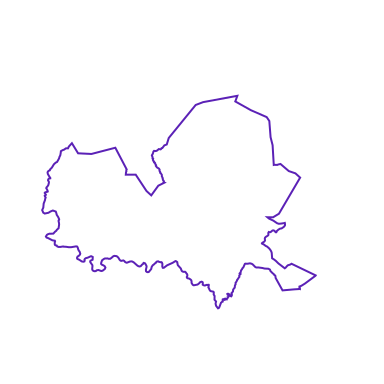 outline of San Juan Tepeuxila, Oaxaca, Mexico, rotated 18°
{"feature_id": "50627088B92335277656173", "entity_name": "San Juan Tepeuxila", "entity_type": "district", "adm_level": 2, "iso_a3": "MEX", "parent_name": "Mexico", "parent_adm1": "Oaxaca", "projection": "orthographic", "projection_center": [-96.763, 17.75], "detail": "fine", "context": "isolated", "style": "outline", "palette": "violet", "viewbox_px": 384, "rotation_deg": 18, "n_neighbors": 0, "source": "geoboundaries", "source_scale": "gbopen_adm2", "svg_char_len": 6058}
<svg xmlns="http://www.w3.org/2000/svg" viewBox="0 0 384 384"><g transform="rotate(18 192 192)"><path d="M77.7,284.3L78.1,284.7L78.8,284.9L79.8,284.7L80.6,285.4L82.1,285.5L83.8,284.9L86.3,283.6L86.6,283.7L89.3,283.0L91.7,282.6L94.0,281.9L98.6,279.5L99.7,279.4L100.6,280.3L101.5,281.7L102.4,282.7L103.5,283.4L104.8,285.2L104.8,286.1L104.3,287.3L103.1,288.8L103.0,290.2L103.4,290.9L104.1,291.1L105.9,291.3L108.6,292.1L110.2,291.9L111.1,291.3L111.1,290.4L110.6,289.4L110.8,288.6L111.5,287.7L113.1,286.7L115.6,284.4L116.2,284.2L117.7,284.5L118.4,287.1L116.7,288.7L116.6,289.4L117.0,290.2L119.8,292.3L120.2,293.1L120.9,296.2L121.5,297.0L122.5,297.5L123.6,297.5L124.9,297.0L125.6,295.9L127.1,295.1L130.1,295.2L131.3,294.5L132.9,292.1L133.0,290.6L131.8,289.5L130.2,289.1L128.8,289.0L127.8,288.5L127.6,287.9L127.5,286.8L127.6,284.7L128.9,282.9L129.6,282.2L132.1,281.3L133.4,281.3L134.8,280.8L135.6,279.8L137.1,277.3L138.0,276.7L140.2,276.3L142.1,277.1L144.2,278.9L145.1,279.3L145.9,279.4L147.8,278.3L148.9,278.5L149.9,279.2L151.4,279.5L152.0,279.3L154.6,277.2L156.2,276.6L156.7,276.6L158.3,276.9L162.6,278.8L163.7,279.1L164.5,279.1L165.3,279.0L166.2,278.3L166.9,276.6L168.0,275.0L167.8,274.6L168.0,274.3L169.5,274.4L171.5,276.3L171.9,277.1L172.2,280.3L172.8,281.6L173.8,282.0L174.8,281.9L175.6,281.4L177.0,277.9L176.8,275.7L177.3,273.8L177.9,273.1L179.1,270.9L179.6,270.4L179.6,269.8L180.0,269.1L181.0,268.5L181.4,268.4L181.6,268.6L183.9,268.5L184.4,268.2L184.8,268.2L185.3,268.5L186.1,269.6L186.7,271.9L187.6,273.1L188.6,272.8L191.0,269.4L195.5,265.3L197.6,262.8L198.0,262.7L199.6,263.2L200.8,265.5L201.2,266.0L205.0,268.2L206.5,270.1L207.3,270.5L208.4,270.6L210.0,270.0L211.0,270.4L211.9,271.2L212.4,271.4L213.0,272.0L213.5,273.2L213.3,274.5L213.7,275.1L214.5,275.4L215.8,275.2L217.5,275.6L218.5,276.1L219.1,276.9L219.7,278.6L221.2,279.9L221.7,280.1L222.5,280.2L225.9,278.3L227.2,276.4L227.3,275.7L227.9,275.0L228.9,274.3L229.8,274.4L230.4,275.1L230.8,276.8L231.3,277.0L232.5,277.1L233.4,276.8L234.4,275.9L235.4,275.7L236.0,275.2L236.6,275.1L236.8,275.5L237.1,277.8L238.0,278.4L238.5,279.2L239.6,280.2L240.4,280.5L243.0,280.2L243.7,280.6L244.3,282.8L245.6,283.9L246.7,287.5L248.7,288.7L248.9,290.8L249.5,291.9L250.2,292.9L252.7,294.6L253.3,294.1L253.6,293.0L253.8,288.4L254.5,287.2L255.1,286.7L254.5,285.3L254.4,284.6L254.9,284.2L255.3,284.2L256.1,284.6L256.5,284.5L256.6,284.1L256.3,283.3L256.6,283.1L257.7,283.4L258.2,283.4L258.2,282.7L258.5,282.3L258.7,281.5L258.5,281.1L258.8,281.0L259.0,280.6L259.1,280.1L258.8,279.5L258.5,279.0L257.6,278.7L257.1,278.1L257.6,277.6L258.4,277.6L259.8,278.2L260.8,279.1L261.6,279.1L261.7,278.8L261.8,277.8L261.4,276.8L260.8,276.1L261.1,275.5L261.7,273.9L261.3,272.1L261.8,270.5L262.2,269.8L261.7,267.5L262.0,266.4L261.5,264.8L261.9,263.8L262.2,261.8L262.1,261.4L262.4,261.0L263.0,258.7L263.3,258.0L262.7,256.7L263.5,255.0L262.5,254.6L263.1,253.2L262.9,251.8L263.0,251.1L263.4,250.1L263.5,249.0L264.1,247.9L264.5,244.1L264.8,243.7L266.9,243.1L269.2,241.9L270.0,241.9L270.9,241.8L272.1,242.1L275.4,243.8L276.3,243.9L277.0,243.8L278.2,243.3L282.5,242.5L284.6,242.4L288.3,241.4L290.1,241.7L291.0,242.9L293.9,244.4L295.1,244.8L295.9,245.5L296.9,245.7L297.2,246.0L298.1,247.9L308.5,257.6L319.3,253.0L323.6,251.3L323.4,251.1L323.6,250.9L324.6,250.9L324.4,250.3L324.0,250.3L323.8,250.0L323.9,249.6L323.4,248.7L325.0,247.4L327.7,244.2L335.3,233.5L335.4,233.1L308.8,229.5L307.9,230.6L305.8,232.1L305.2,233.2L304.5,234.9L303.8,235.9L296.2,233.2L293.0,231.6L290.8,230.8L288.7,230.3L286.6,225.2L285.7,224.0L284.3,222.8L282.8,221.8L280.3,220.7L278.7,220.5L276.8,219.8L274.4,219.4L274.3,219.2L274.8,218.3L275.9,217.1L276.3,216.2L276.4,215.5L275.6,213.7L275.6,212.8L276.1,211.8L277.5,210.2L277.9,209.4L277.8,208.8L277.2,207.4L277.4,206.3L278.1,206.3L279.1,205.9L280.4,203.8L281.1,203.4L281.8,203.3L282.9,203.7L283.9,204.4L284.4,204.4L284.7,204.0L284.7,203.0L285.8,201.1L287.0,199.7L288.5,198.9L290.1,196.8L290.6,195.5L290.7,194.8L290.3,193.6L289.8,192.7L288.9,193.3L286.5,194.5L284.4,195.4L282.6,195.4L278.2,194.1L273.5,193.5L271.5,192.7L276.9,191.0L281.4,185.8L290.4,144.9L284.6,142.3L277.6,142.2L267.5,138.0L265.5,139.2L264.7,139.9L261.9,140.7L261.4,141.0L254.2,122.6L249.8,115.6L243.6,100.6L239.9,97.7L222.7,96.0L205.2,92.5L205.4,86.5L174.8,103.1L168.6,108.1L153.2,147.8L153.3,154.6L151.3,156.2L150.2,159.4L149.5,159.7L149.2,160.9L148.9,161.2L147.2,161.4L145.8,163.6L144.8,164.3L143.2,164.6L143.1,164.8L142.8,165.6L142.9,166.3L142.9,168.0L142.6,168.7L142.6,169.4L142.9,169.9L142.8,170.0L143.8,171.1L143.9,172.0L144.8,172.4L144.8,173.5L145.9,174.6L146.4,174.7L146.4,175.1L146.8,175.6L147.3,175.5L147.9,175.8L148.0,176.2L148.3,176.4L148.7,177.0L149.6,177.6L149.5,178.3L151.0,179.4L153.4,180.0L154.3,180.8L154.5,181.9L155.5,182.7L155.7,183.5L156.1,183.5L158.0,185.0L158.5,186.5L159.4,187.3L159.8,188.1L160.0,188.1L160.4,189.1L160.9,189.8L161.5,190.0L162.0,190.6L161.9,191.5L162.9,191.6L158.0,196.4L154.3,207.8L148.4,205.1L133.1,192.9L123.7,196.0L123.1,193.5L123.2,192.4L122.7,191.5L122.9,190.7L105.4,173.6L84.6,186.9L71.7,190.4L62.7,182.7L60.8,186.9L60.6,188.8L58.5,189.5L57.4,191.1L55.9,192.3L54.7,193.7L55.1,195.6L55.4,197.9L55.1,199.6L55.2,201.1L54.4,205.1L53.3,206.2L52.1,208.3L51.2,212.1L50.0,214.5L50.1,215.3L49.1,216.2L48.6,217.2L48.6,218.1L49.4,219.5L51.9,221.7L52.8,222.3L53.0,222.8L51.8,223.5L51.5,224.0L51.4,224.6L51.4,225.2L51.7,225.7L52.5,226.2L52.9,226.9L53.1,227.7L53.1,228.9L53.2,229.1L53.2,229.9L52.7,231.6L52.2,232.6L52.2,233.4L53.6,234.6L53.9,235.2L54.6,235.8L54.6,236.3L52.6,237.6L52.3,238.0L52.2,238.4L53.9,239.8L53.7,240.4L53.1,241.0L53.5,241.7L54.5,242.4L54.5,244.2L54.7,245.0L54.5,248.8L55.4,252.8L55.1,255.5L56.9,257.6L58.6,258.0L61.9,256.1L63.4,254.3L65.4,252.6L68.5,252.7L69.7,254.3L70.3,255.4L72.6,257.3L74.1,259.0L74.2,259.6L73.9,260.2L74.2,261.1L75.1,262.6L75.7,264.1L76.3,267.7L75.1,269.8L74.9,270.8L74.0,272.1L73.0,274.4L70.4,275.4L69.5,275.6L68.0,276.7L67.3,277.5L66.8,279.5L67.8,280.3L69.3,280.3L74.2,281.1L76.6,280.7L77.0,281.1L77.1,282.7L77.7,284.3Z" fill="none" stroke="#5b21b6" stroke-width="2"/></g></svg>